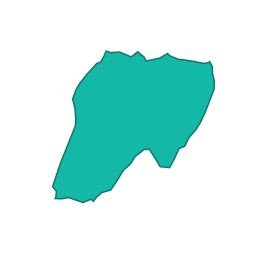 Tanum, Västra Götaland, Sweden (orthographic projection), rotated 25°
{"feature_id": "70781695B34611163933513", "entity_name": "Tanum", "entity_type": "district", "adm_level": 2, "iso_a3": "SWE", "parent_name": "Sweden", "parent_adm1": "Västra Götaland", "projection": "orthographic", "projection_center": [11.469, 58.691], "detail": "fine", "context": "isolated", "style": "filled", "palette": "teal", "viewbox_px": 256, "rotation_deg": 25, "n_neighbors": 0, "source": "geoboundaries", "source_scale": "gbopen_adm2", "svg_char_len": 888}
<svg xmlns="http://www.w3.org/2000/svg" viewBox="0 0 256 256"><g transform="rotate(25 128 128)"><path d="M75.6,67.5L75.9,73.0L75.4,79.7L72.5,82.6L68.1,96.5L65.6,107.0L64.7,115.2L65.6,125.3L71.3,132.0L77.0,142.2L79.4,148.4L81.7,188.9L84.5,213.1L89.8,215.5L91.8,220.9L91.8,222.7L97.4,220.4L103.8,216.1L118.8,214.5L124.6,208.2L127.6,209.1L128.9,203.4L131.6,197.5L138.5,191.6L140.1,182.0L141.7,168.2L145.4,159.7L146.4,151.2L151.7,140.6L156.5,138.4L162.4,142.1L168.2,145.8L173.5,149.5L182.5,146.3L183.0,136.8L183.0,125.1L187.2,120.3L187.2,111.3L190.3,100.7L191.3,91.7L191.3,81.1L190.7,72.9L189.6,56.3L186.4,48.9L181.7,43.1L178.5,36.8L173.9,33.3L173.5,34.8L169.7,37.2L164.9,38.6L160.1,39.6L149.1,42.9L144.8,44.4L136.7,44.9L133.3,44.4L132.5,43.6L127.3,51.1L116.2,59.6L112.5,56.9L104.6,54.8L100.9,62.2L88.2,62.7L80.8,66.9L75.6,67.5Z" fill="#14b8a6" stroke="#0f766e" stroke-width="1.5"/></g></svg>